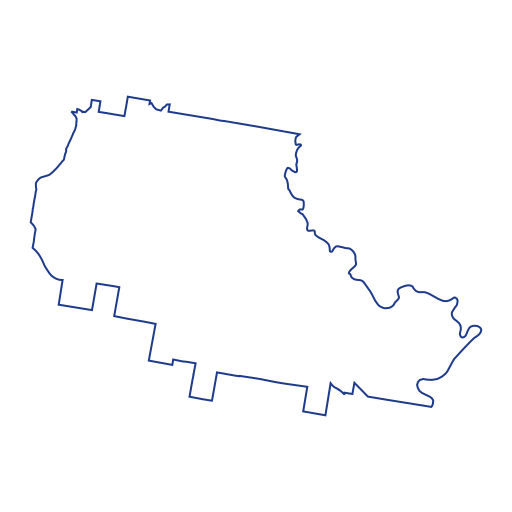 Maitland, New South Wales, Australia (Robinson projection)
{"feature_id": "25037944B62637049608158", "entity_name": "Maitland", "entity_type": "district", "adm_level": 2, "iso_a3": "AUS", "parent_name": "Australia", "parent_adm1": "New South Wales", "projection": "robinson", "projection_center": [151.583, -32.708], "detail": "fine", "context": "isolated", "style": "outline", "palette": "blue", "viewbox_px": 512, "rotation_deg": 0, "n_neighbors": 0, "source": "geoboundaries", "source_scale": "gbopen_adm2", "svg_char_len": 5986}
<svg xmlns="http://www.w3.org/2000/svg" viewBox="0 0 512 512"><path d="M303.2,411.4L325.4,415.3L330.6,383.2L331.9,384.9L333.1,386.1L334.0,386.9L337.4,388.8L338.4,389.6L338.6,389.4L342.5,392.5L343.7,393.9L344.2,393.8L344.4,393.9L344.6,392.7L352.4,394.0L354.4,382.8L367.9,396.6L386.5,399.7L431.3,406.9L432.1,405.9L432.9,403.8L433.2,401.0L433.1,400.2L431.8,398.2L429.4,396.5L425.6,394.7L421.8,392.8L419.4,390.8L417.9,388.1L417.1,385.0L417.9,382.1L419.9,379.9L420.8,379.7L423.1,379.0L426.8,379.6L431.9,379.9L437.3,379.0L441.8,376.7L445.4,373.8L447.3,371.5L451.4,363.8L454.0,359.2L462.2,350.2L470.3,341.7L474.3,337.9L477.3,335.9L479.4,334.1L480.8,331.9L481.3,330.0L480.7,328.4L480.2,327.8L479.1,326.9L477.5,326.1L475.7,325.8L473.4,325.8L470.8,326.6L469.1,328.2L467.6,331.1L466.1,334.8L465.3,336.1L464.2,336.9L463.1,337.4L462.3,337.5L461.0,336.8L460.3,335.6L459.9,334.1L460.1,332.4L460.8,329.7L460.8,327.1L460.2,325.1L459.1,323.2L456.9,321.2L454.6,319.4L453.2,318.0L452.5,316.7L452.0,315.3L451.9,314.6L451.8,313.8L451.9,312.7L452.2,311.9L452.5,311.3L453.5,309.7L455.1,307.3L455.8,306.5L456.8,305.0L457.3,303.2L457.5,301.8L457.6,300.9L457.5,300.4L457.3,299.6L456.7,298.7L455.4,297.7L454.7,297.5L453.8,297.7L451.2,299.5L450.5,299.8L449.8,300.2L448.1,300.8L446.9,301.1L445.4,301.1L443.0,300.9L438.5,299.0L429.5,294.0L427.3,293.0L424.7,292.2L423.1,292.1L419.4,292.2L417.5,291.7L415.9,290.9L414.6,289.6L413.7,288.5L412.9,287.0L412.4,286.4L411.0,285.7L410.2,285.5L408.4,285.3L405.8,285.7L404.1,286.2L402.9,286.7L401.3,287.2L399.6,288.2L399.0,288.6L398.6,289.0L397.8,290.1L397.6,291.0L397.6,291.7L397.9,293.5L398.9,296.9L399.0,297.4L398.9,297.9L398.5,298.7L397.4,300.1L395.2,302.2L394.4,303.5L393.9,304.5L393.4,305.2L391.8,306.6L389.7,307.7L388.9,307.9L386.3,308.2L384.6,308.2L383.4,307.9L382.7,307.7L380.6,306.7L379.6,306.1L378.4,305.1L377.7,304.2L375.9,301.7L374.8,300.0L371.7,293.9L370.1,291.2L366.2,285.7L363.8,282.3L362.4,281.0L361.3,280.5L359.9,280.1L358.5,280.0L356.1,279.7L354.5,279.3L353.8,279.0L352.1,277.8L351.6,277.2L351.2,276.7L350.9,276.0L350.6,275.0L350.5,274.5L349.8,273.9L349.2,273.7L349.0,273.1L348.9,273.0L349.3,271.8L349.6,271.3L351.6,269.0L352.6,268.3L355.0,266.0L355.3,265.5L355.6,265.2L355.9,264.7L356.0,264.2L356.0,263.0L355.5,259.7L355.4,258.5L355.5,257.0L355.3,255.6L355.0,254.5L354.7,253.8L353.7,252.1L352.9,251.1L352.1,250.3L351.2,249.6L350.3,249.0L349.1,248.4L348.7,248.3L348.2,248.4L345.2,248.0L341.9,247.1L340.5,246.9L338.8,246.4L336.7,246.3L336.1,246.4L335.6,246.8L334.2,248.1L333.0,250.0L332.6,250.8L332.1,251.4L331.6,251.7L331.3,251.8L330.8,251.7L330.1,251.4L329.9,251.2L329.6,247.7L329.4,246.6L328.8,244.8L328.2,243.8L326.6,242.2L323.8,240.1L319.7,238.0L317.9,236.9L316.1,235.6L315.6,235.1L315.0,234.0L314.8,233.4L314.8,232.9L314.8,231.6L314.4,230.8L313.7,230.5L312.6,230.4L309.6,230.8L308.9,230.8L308.5,230.8L308.2,230.6L307.7,230.4L307.5,230.1L307.2,229.5L307.0,228.7L307.3,226.6L307.6,225.1L307.7,224.2L307.6,223.1L307.2,221.8L306.8,221.0L306.3,219.6L304.3,216.6L302.5,214.1L300.8,213.4L300.4,213.1L299.5,212.1L298.5,211.6L298.3,211.4L298.2,211.0L298.5,210.6L299.7,209.5L300.2,209.4L300.6,209.4L302.0,209.6L302.4,209.6L302.7,209.3L303.2,208.6L303.5,207.4L303.8,205.0L303.7,202.3L303.6,201.5L303.4,201.0L302.9,200.4L301.9,199.8L298.9,199.3L297.2,198.9L296.4,198.6L294.4,197.7L293.7,197.1L292.2,195.4L290.2,191.9L289.5,190.3L288.8,189.6L288.3,188.9L288.1,187.6L287.9,184.2L287.1,180.4L286.5,179.4L286.1,178.5L285.1,177.1L284.9,176.7L284.8,175.7L284.8,175.1L285.3,173.0L286.1,170.5L286.8,169.0L287.3,168.2L287.6,167.9L288.0,167.9L288.7,168.0L289.7,168.4L290.2,168.8L291.0,169.6L292.4,170.8L295.2,172.2L295.8,172.2L296.2,172.0L296.6,171.7L296.9,171.2L297.0,170.6L297.0,169.5L296.4,165.0L296.3,164.3L297.1,161.6L297.1,160.1L297.1,159.6L296.2,156.8L295.9,156.0L295.8,155.3L295.9,154.0L296.1,153.1L296.8,150.7L298.0,148.4L299.0,147.3L300.9,145.6L301.0,145.1L300.8,144.7L300.6,144.5L299.3,144.3L298.4,144.4L296.8,144.9L296.4,144.9L296.1,144.7L295.9,144.6L295.6,143.9L295.6,142.9L295.3,141.7L295.3,140.8L295.6,138.7L296.1,137.2L296.3,136.9L296.6,136.6L298.5,135.0L298.7,134.8L299.5,134.5L299.7,134.3L258.4,126.8L224.2,121.0L220.9,120.7L212.7,119.0L168.5,111.7L169.7,104.4L166.9,104.5L165.0,106.6L163.1,107.7L160.9,110.6L156.2,109.3L153.7,106.8L151.5,103.1L149.5,104.0L150.1,100.5L127.8,96.7L125.8,108.6L125.5,109.6L125.4,110.5L124.4,116.1L114.7,114.5L105.9,113.0L98.7,111.9L100.4,101.3L91.8,99.9L90.7,107.1L85.3,112.1L84.5,112.0L82.7,112.1L82.8,111.8L82.7,111.8L79.3,109.7L77.3,109.0L76.7,112.5L72.1,111.7L71.8,112.1L72.4,112.7L74.2,114.9L75.4,116.1L76.1,117.6L76.6,118.5L76.6,120.2L76.2,124.4L76.2,125.2L76.2,125.6L75.8,126.8L75.2,129.2L74.7,130.4L73.0,133.7L72.7,134.8L71.7,136.8L71.4,137.8L68.6,143.6L67.9,145.7L66.4,148.3L66.0,149.7L66.2,150.6L66.2,151.4L65.2,153.8L64.6,156.2L64.0,159.2L63.8,159.7L63.2,160.5L62.5,161.1L61.8,161.9L61.1,162.9L59.6,164.6L58.0,166.6L56.3,168.5L52.8,172.0L50.3,174.1L49.6,174.6L49.0,175.0L44.2,176.5L42.1,177.0L41.6,177.2L39.9,178.1L38.9,179.0L38.3,179.6L36.8,181.5L36.1,182.7L35.9,183.2L35.9,187.0L36.4,189.2L35.8,191.5L35.0,196.8L34.9,196.8L34.6,198.5L33.7,203.5L33.4,206.0L33.0,208.5L32.7,209.0L32.7,209.7L32.5,211.9L30.7,222.3L33.1,224.8L34.0,226.0L35.0,227.8L35.5,228.8L35.6,229.5L35.0,232.6L34.1,238.7L33.8,241.6L32.6,247.8L35.2,250.2L36.3,251.3L37.5,252.8L39.0,254.7L41.1,258.2L42.5,260.9L44.0,264.4L44.7,265.9L45.3,267.0L48.3,271.6L49.4,273.2L51.2,275.4L53.3,277.1L55.4,278.3L56.4,278.8L58.0,279.4L59.1,279.7L60.4,279.9L62.6,280.0L58.7,304.7L92.0,310.1L96.6,283.5L113.3,286.1L119.3,287.2L114.2,316.1L127.3,318.7L144.4,321.7L155.6,323.9L148.8,360.6L172.3,364.9L173.2,359.5L182.4,361.4L186.7,361.8L195.6,363.3L195.2,365.6L193.5,374.3L193.3,374.7L193.5,375.0L192.5,379.8L189.5,396.7L202.6,399.2L211.9,400.7L212.4,398.4L217.0,372.4L236.1,375.8L239.5,376.2L239.6,375.9L245.6,376.8L247.2,377.0L249.4,377.4L251.2,377.6L259.9,379.0L276.0,382.2L284.6,383.6L307.3,386.8L303.2,411.4Z" fill="none" stroke="#1e3a8a" stroke-width="2"/></svg>